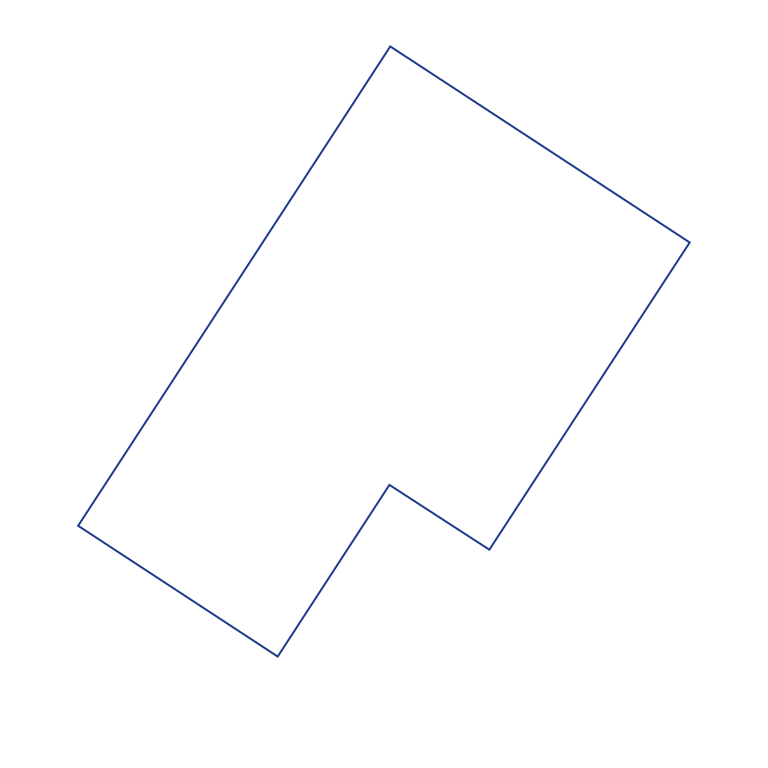 the district of Wayne, Nebraska, United States of America, rotated 123°
{"feature_id": "52423323B26030378600727", "entity_name": "Wayne", "entity_type": "district", "adm_level": 2, "iso_a3": "USA", "parent_name": "United States of America", "parent_adm1": "Nebraska", "projection": "equal_earth", "projection_center": [-97.053, 42.221], "detail": "fine", "context": "isolated", "style": "outline", "palette": "blue", "viewbox_px": 768, "rotation_deg": 123, "n_neighbors": 0, "source": "geoboundaries", "source_scale": "gbopen_adm2", "svg_char_len": 284}
<svg xmlns="http://www.w3.org/2000/svg" viewBox="0 0 768 768"><g transform="rotate(123 384 384)"><path d="M464.0,563.0L669.5,563.3L670.5,324.7L669.9,324.7L465.7,324.5L465.6,205.4L98.8,204.7L97.5,562.6L219.3,562.7L464.0,563.0Z" fill="none" stroke="#1e3a8a" stroke-width="2"/></g></svg>